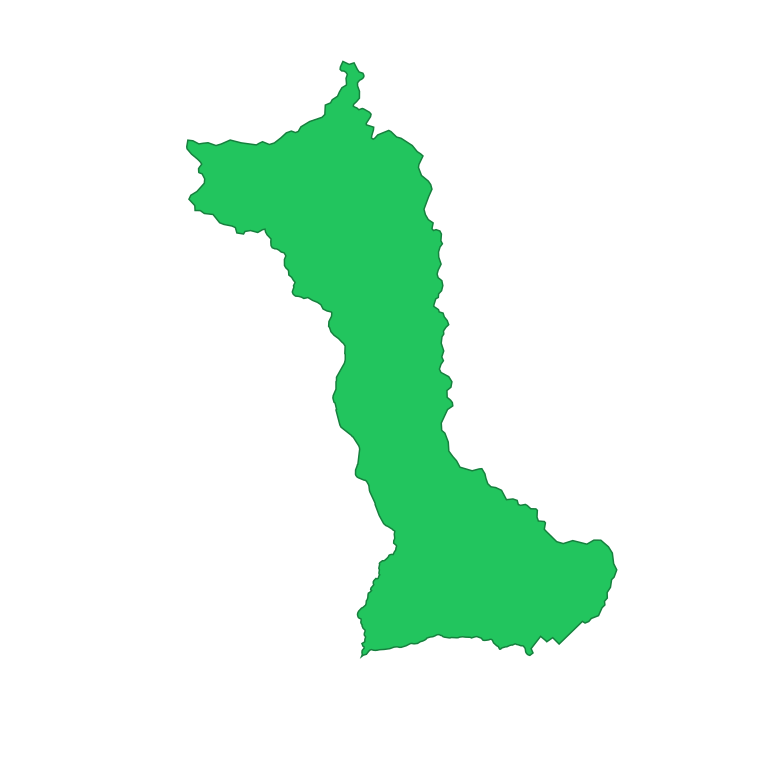 outline of Guichón, Paysandú, Uruguay, rotated 65°
{"feature_id": "84410073B13799426117968", "entity_name": "Guichón", "entity_type": "district", "adm_level": 2, "iso_a3": "URY", "parent_name": "Uruguay", "parent_adm1": "Paysandú", "projection": "robinson", "projection_center": [-56.915, -32.321], "detail": "fine", "context": "isolated", "style": "filled", "palette": "green", "viewbox_px": 768, "rotation_deg": 65, "n_neighbors": 0, "source": "geoboundaries", "source_scale": "gbopen_adm2", "svg_char_len": 6137}
<svg xmlns="http://www.w3.org/2000/svg" viewBox="0 0 768 768"><g transform="rotate(65 384 384)"><path d="M390.2,324.0L388.0,320.3L383.9,320.2L379.3,315.9L371.2,314.9L365.7,311.5L364.0,308.7L361.1,307.7L358.8,303.9L357.6,300.3L353.2,299.9L348.6,301.0L344.7,300.5L342.0,303.5L339.6,303.2L334.7,306.1L333.2,305.2L328.7,301.1L328.5,298.2L325.4,296.4L323.8,292.4L319.7,289.1L314.8,287.9L310.5,290.0L306.8,289.4L303.7,286.8L299.5,281.6L292.2,280.8L287.4,278.8L283.5,275.3L281.6,271.8L278.2,271.9L272.4,268.6L268.9,268.7L266.1,271.6L265.8,274.3L263.5,274.9L258.8,271.4L253.7,274.4L248.0,274.9L242.5,273.9L233.1,264.4L227.7,258.2L223.0,257.4L218.8,258.1L210.9,261.9L202.4,261.3L199.8,259.6L193.8,252.3L191.0,253.5L187.4,255.7L179.8,257.6L168.6,264.6L165.5,268.2L158.2,271.0L156.2,272.5L155.6,284.4L157.2,288.1L157.6,290.3L155.7,291.4L153.7,290.1L149.3,286.2L146.9,284.8L141.7,290.4L140.3,290.0L136.1,283.3L134.0,281.7L131.6,282.3L126.1,286.2L125.1,287.3L124.8,290.9L122.4,291.9L120.3,293.8L119.1,294.4L117.7,293.3L116.5,289.6L114.6,285.5L108.3,282.5L102.7,282.0L99.8,280.7L98.4,277.7L98.3,275.4L97.9,273.8L97.0,272.4L95.7,271.8L93.4,271.8L90.7,274.7L87.6,275.2L80.3,275.4L79.6,280.5L74.3,284.9L78.2,289.5L80.3,290.8L82.3,290.1L83.5,288.0L85.3,286.8L88.0,286.4L90.9,289.2L95.8,291.0L97.2,291.8L97.7,296.9L100.5,301.0L103.6,304.5L104.5,310.8L106.6,313.6L106.4,319.3L114.7,323.7L116.1,327.4L114.7,340.5L115.8,350.6L118.9,355.0L118.7,358.0L115.6,361.1L115.1,366.4L117.4,373.6L119.2,381.5L118.5,386.7L113.1,391.7L113.1,395.6L113.4,398.6L105.1,411.5L97.9,420.3L97.7,430.1L96.9,435.5L91.0,441.5L89.4,446.1L88.2,450.3L82.8,454.4L80.1,458.7L85.6,462.5L87.6,463.1L94.3,461.3L101.3,458.0L104.8,456.7L107.5,456.3L107.8,456.4L109.6,459.8L110.5,461.1L113.8,462.4L114.3,462.3L116.7,460.0L122.3,459.8L126.1,462.0L130.5,472.2L131.3,479.3L134.1,482.7L141.8,480.2L142.7,480.2L146.9,481.9L149.2,477.2L153.5,474.8L158.1,467.3L168.4,464.8L171.7,461.7L176.6,455.0L179.4,452.6L184.9,453.5L188.7,447.9L187.0,445.5L188.5,440.1L193.3,434.4L192.8,428.8L193.4,426.4L196.1,427.1L199.4,426.9L204.8,425.1L207.3,426.5L210.9,427.9L213.3,427.7L215.4,425.7L216.0,424.4L218.0,422.8L220.9,421.4L222.9,419.1L226.2,418.8L226.7,419.1L229.0,421.6L234.5,424.1L237.2,423.9L240.3,422.7L241.3,422.8L245.0,424.2L248.3,422.6L251.5,422.3L254.3,421.6L256.8,424.6L258.0,424.6L261.4,427.9L262.3,428.3L264.5,428.3L266.9,427.1L268.6,424.2L270.4,422.1L272.6,420.5L273.5,416.4L277.9,413.5L281.9,409.8L285.4,407.7L290.3,407.5L293.7,404.8L296.0,401.9L296.5,401.4L297.4,401.2L300.4,402.9L304.1,407.5L308.3,409.8L309.9,409.5L314.2,410.0L318.7,408.7L323.6,406.0L328.4,404.4L330.1,403.6L333.2,403.2L340.0,406.7L340.8,406.6L345.3,408.7L346.5,409.5L348.4,411.1L357.8,424.2L360.4,425.4L361.3,426.0L361.6,426.5L368.4,429.7L373.0,434.9L375.0,436.2L376.4,436.5L379.4,437.0L380.6,436.4L387.0,437.7L387.2,438.5L402.5,441.3L405.0,441.2L416.5,435.4L418.4,434.9L418.8,434.4L429.3,433.0L431.0,433.1L432.8,433.6L445.7,441.6L445.8,442.1L447.1,443.2L449.9,446.1L453.8,448.0L454.8,448.1L456.6,447.8L458.1,446.9L462.6,442.8L463.5,441.5L465.1,440.9L468.4,440.6L469.9,440.7L474.4,442.2L476.1,442.4L487.3,442.4L489.1,442.6L489.5,443.0L501.2,443.9L510.4,443.3L513.0,442.2L514.8,440.6L519.0,437.9L520.5,437.4L521.4,436.6L522.0,436.4L524.5,438.2L527.4,439.1L528.8,439.8L530.2,441.4L532.3,442.5L535.6,441.0L536.5,441.3L537.5,442.3L539.4,443.6L540.5,445.5L542.4,447.8L541.7,448.9L541.3,450.5L541.4,451.9L542.4,453.0L543.1,454.5L544.0,457.3L544.2,458.8L543.5,460.1L544.1,463.0L544.6,464.0L545.8,464.3L548.0,466.0L548.9,466.6L550.5,466.7L553.2,468.5L554.2,468.8L555.2,468.5L555.7,469.6L557.7,471.5L557.6,472.7L556.8,473.5L557.9,476.2L558.7,477.3L560.2,478.0L561.6,478.1L563.4,482.0L564.7,483.0L566.0,482.6L566.9,485.3L566.9,486.5L568.0,487.4L570.7,488.9L572.3,490.3L573.0,491.6L575.4,493.0L576.6,494.1L577.6,497.5L577.6,499.1L579.1,502.8L580.0,504.1L581.4,505.3L583.0,505.8L584.8,505.9L586.0,505.3L587.0,504.2L588.3,504.4L589.3,505.2L590.5,505.8L591.6,505.9L592.9,505.6L593.9,506.1L596.5,506.2L599.1,505.2L600.2,505.7L601.3,506.9L602.5,507.7L603.7,508.0L604.9,507.5L606.1,508.0L607.1,509.1L609.5,510.4L609.9,513.7L612.7,513.9L613.7,513.2L615.0,513.6L616.2,516.3L617.7,517.3L620.3,518.2L621.5,519.5L621.0,517.4L621.5,514.2L619.7,510.6L619.2,509.0L619.4,507.6L620.7,506.2L621.8,504.4L622.5,502.3L622.9,500.4L624.6,496.1L626.3,490.6L626.7,486.1L627.7,483.2L629.3,481.1L629.9,479.7L630.6,474.6L630.4,469.9L630.9,468.3L631.7,467.4L632.4,466.0L633.3,463.2L632.9,460.1L633.3,457.5L633.3,455.4L633.1,453.9L632.4,452.4L632.8,449.2L633.7,446.4L633.8,443.6L633.6,442.3L634.0,440.9L634.5,439.8L635.7,439.0L636.5,437.9L637.8,437.4L638.9,436.3L641.5,432.4L642.0,431.5L642.2,430.1L644.8,425.2L645.3,423.9L645.3,422.6L646.3,419.6L647.8,417.2L650.0,412.9L651.1,412.1L651.6,408.4L652.1,406.6L655.5,403.2L658.0,402.6L658.7,401.6L659.3,400.1L660.2,397.1L660.2,395.9L660.7,394.8L661.9,394.0L664.9,394.1L665.9,393.7L668.8,392.5L670.2,391.4L673.1,391.3L673.6,390.3L673.1,389.3L673.1,388.2L673.6,384.8L674.1,383.7L674.1,380.7L674.4,378.9L674.9,377.9L674.9,374.9L676.2,373.8L677.0,372.6L679.2,370.4L679.6,369.3L680.5,368.4L683.3,367.8L686.7,368.8L688.3,368.7L689.6,368.3L690.5,367.7L691.6,366.5L690.7,362.6L686.0,362.5L678.9,348.7L684.9,345.9L686.4,345.4L685.2,338.3L693.7,335.2L683.0,304.5L685.6,302.8L685.8,298.8L684.1,295.2L684.6,287.5L678.9,280.9L677.6,277.2L674.1,276.0L672.4,272.1L667.3,269.9L664.0,264.7L657.5,260.4L656.3,257.1L650.8,251.6L643.9,251.8L633.7,248.5L626.4,249.4L617.2,253.5L614.2,259.8L614.9,267.8L605.7,279.1L604.4,289.0L599.9,294.1L586.3,299.2L583.4,300.1L578.1,296.4L576.4,296.8L573.4,302.0L569.3,301.6L563.3,298.4L561.4,299.1L559.1,303.7L554.7,305.5L552.9,306.8L551.7,311.5L550.0,313.2L545.8,312.5L542.7,315.7L540.6,321.9L530.0,322.4L525.1,326.5L522.4,330.5L518.2,332.1L512.6,331.5L508.1,330.5L502.1,331.1L501.2,333.6L499.9,340.8L491.5,350.3L484.3,350.7L478.8,352.3L472.2,353.6L463.8,350.3L454.3,349.6L450.4,351.3L443.6,348.6L434.0,337.2L432.9,330.9L429.7,329.9L426.8,330.5L422.8,332.4L416.5,329.7L415.2,324.7L410.7,321.5L404.8,322.2L397.6,327.5L393.9,327.5L390.2,324.0Z" fill="#22c55e" stroke="#15803d" stroke-width="1.5"/></g></svg>